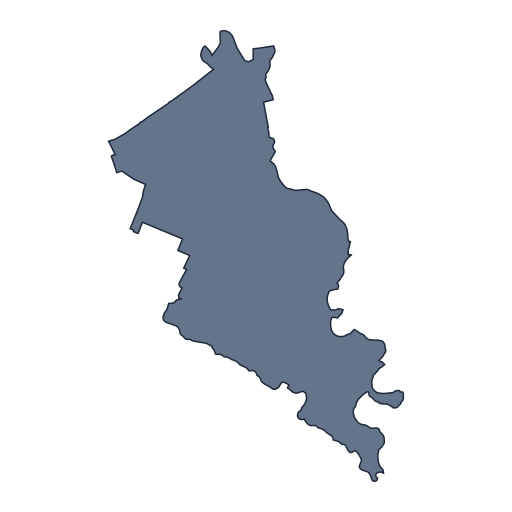 Adjud, Vrancea, Romania (Albers equal-area conic projection)
{"feature_id": "2599482B44927055134787", "entity_name": "Adjud", "entity_type": "district", "adm_level": 2, "iso_a3": "ROU", "parent_name": "Romania", "parent_adm1": "Vrancea", "projection": "albers", "projection_center": [27.21, 46.112], "detail": "fine", "context": "isolated", "style": "filled", "palette": "slate", "viewbox_px": 512, "rotation_deg": 0, "n_neighbors": 0, "source": "geoboundaries", "source_scale": "gbopen_adm2", "svg_char_len": 6078}
<svg xmlns="http://www.w3.org/2000/svg" viewBox="0 0 512 512"><path d="M363.9,470.6L368.1,472.1L368.5,472.5L369.6,473.8L370.3,475.0L371.6,479.0L372.5,480.7L373.6,481.2L375.0,481.3L376.1,480.9L377.1,480.0L377.5,478.8L377.5,478.1L377.1,477.5L376.4,477.2L375.9,476.6L375.7,475.6L376.1,473.9L376.9,473.0L378.9,472.2L380.4,472.1L381.4,472.2L383.5,473.2L383.1,470.0L380.6,467.2L378.8,463.6L378.4,462.2L378.0,459.3L377.8,455.0L377.9,454.0L378.4,451.9L379.2,449.2L380.5,448.3L381.7,447.0L384.2,443.2L384.4,442.0L384.1,438.0L384.0,437.1L382.7,434.6L380.0,431.9L379.4,429.9L378.2,428.3L377.2,428.0L371.8,428.2L370.7,428.1L369.3,427.4L368.4,426.6L365.7,425.1L362.9,424.7L360.1,423.9L358.4,422.8L356.7,420.9L354.5,417.3L354.1,416.1L353.4,413.5L353.3,411.0L353.5,409.5L354.3,408.1L355.6,406.2L356.2,403.4L357.4,400.8L358.6,399.1L362.9,394.7L367.2,391.8L367.7,391.8L368.2,392.0L368.6,392.4L368.8,392.9L369.0,394.7L369.3,395.6L369.8,396.3L371.1,397.2L372.1,397.6L374.2,400.0L376.2,401.5L378.9,402.2L379.3,403.3L379.8,403.5L381.4,403.4L382.1,404.0L382.9,404.0L383.9,403.8L387.4,404.2L390.8,406.0L393.3,407.9L396.2,407.8L397.4,407.1L398.6,405.7L400.4,404.1L401.6,401.6L402.6,400.7L403.4,398.3L403.3,393.7L403.1,393.0L402.5,391.8L401.1,392.3L400.3,391.8L399.6,390.6L398.0,390.5L396.1,390.7L394.4,391.5L393.0,392.6L392.2,392.7L384.2,393.5L380.6,393.3L377.4,392.7L376.6,392.4L374.5,390.7L373.0,389.2L372.7,388.5L372.2,386.9L371.9,385.0L371.7,381.9L372.0,380.1L373.2,376.5L373.1,375.7L373.6,374.7L375.1,373.6L378.0,370.3L379.3,368.5L382.6,366.3L384.7,364.5L382.1,361.8L380.4,361.5L378.9,360.5L380.5,358.9L383.2,355.9L384.1,354.0L385.0,353.1L385.3,352.1L386.0,350.3L385.2,348.6L385.1,346.9L384.6,344.1L383.2,341.9L381.7,340.9L378.4,340.2L375.0,340.0L373.7,340.2L372.4,339.9L369.8,339.8L368.7,339.5L366.0,337.8L363.9,335.0L359.1,332.7L354.6,329.5L352.6,330.9L350.5,333.5L347.8,334.3L344.4,336.1L343.4,336.4L340.8,336.6L338.2,336.3L336.6,335.7L334.5,334.5L333.2,333.1L332.2,331.6L331.5,330.0L330.9,327.7L330.6,324.8L330.5,321.8L330.8,320.6L331.8,317.6L334.0,317.3L336.6,317.9L337.9,317.7L339.6,315.4L341.8,313.5L343.0,309.8L339.9,308.9L338.5,308.7L335.8,309.9L334.3,310.0L330.7,309.9L328.6,305.9L327.4,302.0L327.1,297.6L327.6,295.6L329.2,291.1L334.8,289.4L336.4,289.4L337.8,289.0L338.2,288.2L338.5,286.0L338.4,285.1L338.0,284.2L337.0,283.2L340.3,279.1L340.8,277.9L342.8,275.1L343.6,273.6L343.8,271.9L343.7,269.3L343.4,267.8L343.4,266.8L343.7,264.8L344.3,263.3L345.2,261.4L346.6,259.6L348.1,257.8L351.3,255.0L350.9,254.7L348.9,254.7L348.1,254.8L348.0,254.7L348.3,252.8L348.1,250.8L348.3,249.3L349.2,247.1L349.7,244.1L350.4,242.0L350.3,241.6L349.8,241.4L348.7,241.3L348.4,240.6L347.8,237.6L347.8,234.7L347.2,231.1L347.2,230.0L345.5,225.6L344.0,223.2L340.5,219.9L339.9,219.7L334.7,213.9L332.5,211.7L331.4,210.1L328.5,203.3L326.4,200.1L325.1,198.5L323.6,196.9L320.0,194.7L316.1,192.8L310.4,190.8L308.7,190.0L306.7,189.4L295.6,190.4L292.1,189.6L290.3,188.8L287.4,188.5L285.0,186.9L280.6,181.4L278.8,178.2L278.3,177.0L277.2,172.1L275.7,167.0L275.3,166.0L273.4,163.5L270.3,161.2L270.9,159.3L275.4,151.6L273.3,148.5L272.6,146.6L274.3,142.8L274.5,141.9L274.4,140.8L273.8,139.2L273.3,138.7L272.8,138.4L269.5,137.5L269.1,136.6L268.8,132.1L267.6,127.8L268.3,127.5L263.6,102.2L273.2,99.7L272.3,95.2L272.0,95.1L266.1,82.6L265.2,79.6L266.2,77.3L265.7,75.8L265.8,74.2L267.8,71.5L269.1,68.9L270.1,66.4L270.1,64.1L269.8,62.3L269.9,60.3L271.1,59.2L272.4,57.3L273.9,54.3L274.9,51.9L274.8,49.4L274.3,47.8L273.8,47.3L273.6,45.9L260.3,48.0L253.2,48.8L253.1,59.5L248.8,61.8L244.8,60.6L237.3,48.5L233.3,38.0L232.1,35.5L229.3,32.5L226.2,31.0L224.3,30.7L222.2,30.8L220.4,31.3L220.0,32.2L220.0,35.0L220.4,43.0L218.0,47.4L211.9,55.5L210.9,52.8L210.0,51.2L205.2,46.0L203.2,47.5L201.9,50.3L201.1,52.8L200.8,55.2L201.1,57.0L202.2,59.5L203.4,61.1L207.7,64.0L210.9,67.3L213.5,69.3L193.3,85.2L171.8,100.8L169.0,102.3L168.2,103.5L149.2,116.3L142.4,121.3L141.2,122.0L140.4,122.1L140.1,122.4L140.1,122.9L138.5,124.2L130.2,129.7L124.9,133.7L120.1,136.3L115.6,139.1L108.6,141.2L115.2,154.6L112.3,155.4L111.3,156.1L114.3,164.8L116.8,172.7L121.7,171.0L133.8,179.2L144.5,184.0L145.7,184.4L144.8,186.5L143.0,192.8L142.7,196.4L138.7,207.4L130.2,228.6L133.7,230.1L133.8,230.3L133.4,231.6L138.0,233.5L142.5,222.3L182.5,238.9L177.9,250.5L189.7,255.5L183.7,268.1L186.5,269.5L179.1,283.2L179.1,283.6L179.2,284.7L179.6,286.1L180.0,286.7L182.0,288.0L178.6,294.7L178.7,298.0L180.8,298.9L178.1,299.7L176.6,299.9L174.2,302.7L173.9,302.8L171.3,303.3L168.7,303.4L167.0,309.4L164.2,313.2L163.9,314.9L163.2,316.2L163.1,318.1L163.5,319.9L164.5,321.2L166.8,322.6L171.9,324.3L173.4,325.0L176.0,325.8L177.9,327.2L179.2,329.3L180.2,333.5L180.8,334.5L183.4,336.6L185.6,339.1L190.7,339.6L191.7,340.5L194.6,341.3L203.4,342.8L206.1,343.3L207.8,344.1L211.6,346.1L212.5,348.1L214.1,350.1L215.6,354.1L221.1,354.6L223.1,355.9L223.7,356.6L224.7,356.9L226.9,357.1L228.7,357.7L232.2,359.8L233.9,360.2L237.0,361.9L238.1,362.7L239.5,364.4L241.5,365.6L243.9,366.4L245.1,367.3L246.5,368.0L247.5,368.8L248.7,370.7L249.9,370.8L253.0,370.5L254.7,371.4L255.6,372.0L256.5,373.7L256.9,375.2L257.9,376.0L259.4,376.7L261.1,380.7L262.0,382.1L264.7,384.1L268.8,386.3L272.9,389.1L275.0,389.4L275.6,389.2L277.1,388.2L278.2,387.8L281.4,383.0L282.2,382.4L283.5,382.2L284.3,382.4L288.9,384.7L287.4,387.9L288.8,388.7L292.3,391.8L293.1,392.3L295.3,393.1L297.0,393.1L303.1,391.2L306.0,393.6L306.5,397.7L306.3,400.2L305.9,401.5L304.5,404.1L303.6,405.6L301.7,407.6L301.7,408.3L300.6,410.6L299.3,411.3L298.0,412.8L297.5,415.0L297.7,417.0L298.7,418.5L299.7,419.2L300.8,419.5L304.7,419.2L305.0,420.6L306.6,422.9L307.4,423.8L309.1,424.9L310.8,425.6L315.5,425.5L316.4,426.1L318.2,427.8L321.7,428.9L324.2,430.3L325.3,431.2L326.3,432.4L331.6,435.9L332.6,437.0L333.3,440.0L338.0,441.3L339.4,442.2L341.4,444.0L342.2,444.4L344.4,444.5L345.7,445.6L347.8,450.1L349.7,452.2L350.7,452.5L351.5,452.5L354.2,451.2L354.9,450.6L356.8,451.8L359.1,455.1L360.5,457.7L361.6,460.2L359.4,465.9L359.3,466.6L359.7,467.9L360.6,469.0L361.6,469.8L362.6,470.3L363.9,470.6Z" fill="#64748b" stroke="#1e293b" stroke-width="1.5"/></svg>